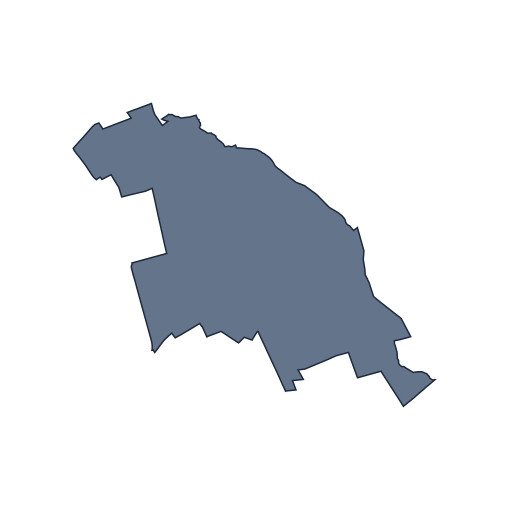 the district of Buzau, Buzau, Romania, rotated 13°
{"feature_id": "2599482B14537956390391", "entity_name": "Buzau", "entity_type": "district", "adm_level": 2, "iso_a3": "ROU", "parent_name": "Romania", "parent_adm1": "Buzau", "projection": "mercator", "projection_center": [26.808, 45.138], "detail": "fine", "context": "isolated", "style": "filled", "palette": "slate", "viewbox_px": 512, "rotation_deg": 13, "n_neighbors": 0, "source": "geoboundaries", "source_scale": "gbopen_adm2", "svg_char_len": 5683}
<svg xmlns="http://www.w3.org/2000/svg" viewBox="0 0 512 512"><g transform="rotate(13 256 256)"><path d="M226.0,345.6L226.1,345.8L235.1,339.8L235.6,339.5L238.6,337.5L238.8,337.4L239.0,337.3L239.9,337.7L244.6,339.4L246.4,340.1L258.4,344.6L258.5,344.5L258.9,344.1L259.1,344.0L260.9,340.8L261.5,340.0L261.9,339.4L262.2,338.8L262.8,337.9L264.0,338.0L264.1,337.9L265.3,338.1L268.5,338.5L270.3,338.7L270.6,338.7L270.9,338.7L271.2,338.7L271.3,338.7L271.3,338.0L273.7,330.9L274.1,329.9L274.2,329.6L274.4,329.3L274.6,329.0L275.0,329.0L275.4,329.5L276.4,331.0L276.5,331.2L282.9,339.3L283.0,339.4L287.3,345.0L289.2,347.4L289.4,347.7L290.7,349.3L291.9,350.9L292.5,351.7L293.2,352.5L294.3,354.0L296.1,356.3L297.8,358.5L302.6,364.6L309.0,373.0L315.2,381.1L315.3,381.0L315.5,380.8L325.1,377.5L319.6,369.2L329.9,365.6L322.6,357.5L329.0,355.2L335.0,350.9L342.1,345.8L351.8,338.8L351.7,338.7L356.5,335.2L367.7,329.2L382.3,351.8L403.7,340.2L414.7,350.9L423.1,359.1L425.3,361.2L429.4,365.3L433.5,369.3L434.2,368.3L435.4,366.8L437.2,364.4L439.5,361.6L440.2,360.7L441.5,359.0L443.4,356.3L447.8,350.3L448.2,349.7L448.9,348.9L449.3,348.3L451.0,345.8L452.8,343.5L454.4,341.4L458.3,336.1L458.1,336.1L457.7,336.5L457.1,336.7L456.4,337.0L456.1,337.1L455.7,337.0L455.5,336.9L454.9,336.7L454.5,336.6L454.1,336.5L453.5,336.2L453.0,336.0L452.8,335.8L452.4,335.4L452.0,334.6L451.7,334.3L451.5,334.2L451.4,334.1L450.9,333.8L450.2,333.4L449.7,333.0L449.5,332.7L449.3,332.6L449.1,332.5L448.5,332.3L447.5,332.1L446.5,332.0L445.5,331.7L444.8,331.6L443.8,331.5L442.0,331.8L440.6,332.2L439.3,332.6L438.7,332.8L438.1,333.1L437.8,333.1L437.5,333.2L436.6,333.6L435.6,334.1L427.5,331.5L425.2,330.5L423.3,330.9L421.4,330.4L419.2,328.6L418.4,325.8L416.8,324.0L415.0,317.9L412.0,312.4L410.6,310.2L409.9,307.4L414.9,305.2L424.9,299.8L415.8,289.2L411.5,284.2L387.5,273.0L379.7,269.1L372.3,256.7L366.5,249.4L365.3,245.1L361.3,235.3L360.0,226.7L348.4,205.5L347.6,206.4L346.9,207.3L346.4,207.8L346.2,208.1L345.9,208.5L345.6,208.8L345.3,209.2L344.6,208.6L343.8,208.0L342.4,207.0L341.2,206.1L340.3,205.5L339.5,205.4L338.0,204.8L337.4,204.5L336.6,203.9L336.0,203.2L335.7,202.6L334.5,200.5L334.1,200.1L333.5,199.5L331.8,198.2L330.8,197.5L328.5,196.4L327.3,195.8L326.1,195.3L316.9,192.3L316.2,192.0L313.5,190.3L302.4,183.2L300.0,181.9L287.4,176.5L278.4,175.2L275.1,173.7L273.2,172.9L266.7,169.9L263.3,168.2L259.4,166.4L257.7,165.8L255.7,164.7L255.0,164.3L254.7,164.1L253.4,162.9L252.2,161.5L250.8,160.0L249.9,159.2L248.5,158.2L246.9,157.1L245.0,156.2L243.5,155.6L240.7,154.3L240.3,154.2L239.8,154.3L239.6,154.3L238.4,153.8L237.4,153.3L234.5,152.5L233.2,152.3L230.9,152.2L228.0,152.5L226.7,152.7L224.5,153.2L217.6,154.2L215.2,154.5L212.7,155.1L211.1,152.5L208.0,155.0L204.5,155.1L202.8,156.0L200.8,156.3L199.2,154.4L196.9,152.9L195.3,152.2L194.3,151.8L192.5,151.1L191.7,150.4L190.9,149.9L190.4,149.4L190.0,148.3L189.5,147.9L187.7,147.3L186.1,146.9L185.3,146.7L184.9,146.3L184.7,146.2L184.2,146.4L182.6,146.9L182.0,147.0L181.6,147.1L181.1,147.1L180.3,146.9L179.4,146.5L178.4,146.1L175.9,145.3L174.7,145.1L172.9,144.3L172.0,143.5L172.0,142.4L172.6,141.2L172.1,139.9L171.9,138.9L170.8,138.1L170.5,137.8L170.2,137.4L169.8,136.3L169.8,136.0L168.7,135.8L168.1,135.3L167.7,134.8L166.6,133.4L166.0,132.3L163.0,133.9L161.5,134.7L160.6,135.3L158.0,136.2L157.7,136.3L153.5,137.9L152.2,138.4L151.4,138.5L151.0,138.5L150.5,138.3L149.0,137.7L147.1,138.0L146.4,138.1L145.3,138.1L144.5,137.7L142.5,137.1L141.5,137.2L140.3,137.7L139.0,137.6L138.8,137.9L137.6,139.4L133.4,143.8L134.7,144.2L135.9,144.4L139.4,144.6L139.8,144.6L139.5,145.0L135.7,149.6L135.4,149.9L131.0,145.9L128.5,143.6L125.7,141.1L123.7,138.2L119.8,130.9L98.3,145.1L103.4,149.8L89.4,159.2L78.3,166.7L73.0,161.7L72.8,161.8L70.3,163.5L69.4,164.1L67.3,167.2L63.8,173.8L60.9,179.2L57.8,184.7L56.2,187.6L55.5,188.9L54.7,190.3L53.7,192.2L53.8,192.4L54.1,192.8L55.3,194.3L55.5,194.5L56.2,195.0L57.2,195.9L61.4,199.2L63.3,200.7L63.5,200.9L63.6,201.0L66.5,203.4L70.7,207.1L71.6,207.9L72.4,208.8L73.9,210.2L76.1,212.3L76.5,212.6L76.7,212.9L77.9,214.0L78.3,214.3L78.9,214.8L79.2,215.1L79.5,215.3L80.4,216.0L81.2,216.5L81.3,216.5L81.6,216.7L82.1,217.0L82.4,217.1L82.9,217.4L83.3,217.6L84.8,215.9L86.0,214.7L86.4,214.2L87.3,214.9L87.7,215.2L88.0,215.5L88.6,216.0L89.4,215.4L96.5,209.4L101.7,214.8L107.0,220.1L107.1,220.3L111.6,228.2L111.7,228.4L111.9,228.7L119.0,225.0L120.6,224.2L133.3,217.9L134.2,217.4L139.6,213.4L144.0,222.5L148.3,231.7L148.4,231.9L152.3,240.2L154.7,245.2L154.8,245.3L163.1,262.8L163.2,263.0L166.9,270.5L168.1,273.0L168.4,273.6L166.2,274.8L155.4,280.6L138.9,289.5L137.7,290.2L136.7,290.7L136.9,291.2L137.0,291.3L137.2,291.5L137.3,291.6L137.2,291.8L137.1,292.2L137.0,292.5L136.9,292.8L136.9,293.1L136.8,293.6L136.9,294.3L137.0,294.8L137.1,295.3L137.3,295.6L137.4,296.0L137.7,296.5L138.0,297.0L138.3,297.6L140.3,301.4L141.1,302.9L143.6,307.3L146.1,312.0L148.6,316.7L151.7,322.4L151.7,322.5L153.0,324.8L153.5,325.7L153.5,325.8L160.4,338.5L162.8,342.9L166.8,350.3L168.4,353.3L171.3,358.7L172.4,360.7L173.0,361.9L173.7,363.1L173.7,363.3L174.3,364.7L174.7,365.8L174.8,366.1L175.0,366.7L175.2,367.6L175.6,369.2L175.6,369.3L175.8,370.8L175.8,371.3L176.1,371.2L176.4,371.0L176.5,371.0L176.5,370.9L176.8,370.8L177.1,370.6L177.5,371.0L177.7,371.4L178.0,371.8L178.2,372.1L178.6,372.4L179.0,372.8L179.1,372.5L179.7,371.4L180.4,370.0L180.7,369.2L181.3,367.9L182.2,365.7L184.1,361.5L185.1,359.4L186.1,357.6L187.2,356.0L188.3,354.3L190.2,351.6L190.4,351.3L190.6,351.0L191.2,350.1L195.7,353.9L198.6,351.3L199.4,350.6L202.0,348.2L216.4,334.4L218.7,336.6L219.0,336.9L219.4,336.7L223.6,342.3L225.2,344.4L225.8,345.2L226.1,345.6L226.0,345.6Z" fill="#64748b" stroke="#1e293b" stroke-width="1.5"/></g></svg>